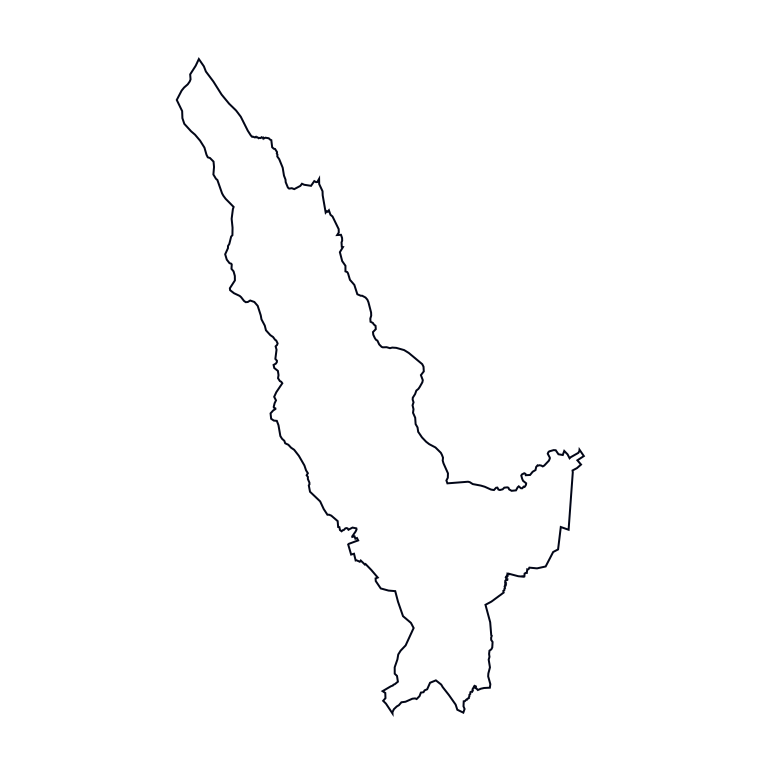 the district of Rieni, Bihor, Romania, rotated 88°
{"feature_id": "2599482B82314750202462", "entity_name": "Rieni", "entity_type": "district", "adm_level": 2, "iso_a3": "ROU", "parent_name": "Romania", "parent_adm1": "Bihor", "projection": "orthographic", "projection_center": [22.405, 46.554], "detail": "fine", "context": "isolated", "style": "outline", "palette": "ink", "viewbox_px": 768, "rotation_deg": 88, "n_neighbors": 0, "source": "geoboundaries", "source_scale": "gbopen_adm2", "svg_char_len": 6151}
<svg xmlns="http://www.w3.org/2000/svg" viewBox="0 0 768 768"><g transform="rotate(88 384 384)"><path d="M222.5,529.9L230.0,530.3L231.3,531.6L238.6,533.7L240.7,535.1L242.8,535.2L248.8,538.2L254.2,536.8L257.8,534.2L258.5,532.4L259.3,532.0L263.6,532.4L266.2,530.4L270.8,529.3L275.3,529.4L282.9,534.7L284.9,534.5L288.0,530.8L290.9,525.2L292.2,523.8L296.1,521.0L297.4,519.3L297.3,517.3L295.9,514.8L297.5,510.7L301.5,507.5L311.0,504.8L315.1,504.2L321.5,501.1L326.2,500.1L331.2,495.9L333.2,493.2L335.9,491.4L336.8,490.2L339.7,488.9L341.2,489.5L342.6,491.0L346.0,490.2L355.1,491.7L357.0,490.2L358.3,490.3L359.8,491.3L361.1,493.7L364.2,493.1L367.2,489.6L371.4,489.1L374.5,489.7L377.4,488.0L378.2,486.6L379.7,485.6L388.4,491.9L393.0,494.2L396.6,492.5L399.4,494.0L403.0,495.0L403.7,494.9L404.6,493.4L405.2,493.4L406.6,495.7L409.4,498.4L414.8,498.0L416.7,495.4L417.1,492.4L421.5,490.9L432.4,489.4L435.2,487.8L437.3,485.6L439.8,484.8L441.4,481.7L444.4,479.1L446.6,476.1L452.8,471.6L462.6,466.4L467.6,464.9L470.5,463.2L472.5,464.5L474.2,463.3L476.3,463.4L479.9,462.0L481.7,462.0L482.7,462.7L489.1,461.7L499.1,451.9L506.9,448.6L512.7,445.1L512.7,443.5L513.7,441.3L519.4,435.1L525.3,434.8L525.5,433.6L528.4,433.1L529.7,431.5L528.7,430.4L528.6,429.4L526.9,427.6L526.7,426.3L527.1,425.4L528.4,424.6L526.4,420.5L527.3,416.7L528.4,416.5L530.4,417.5L535.2,421.1L535.7,421.0L535.2,418.8L537.6,418.0L537.0,416.4L539.4,415.3L542.5,424.7L543.1,425.4L553.3,422.8L552.6,419.9L559.3,418.5L559.1,417.9L560.8,414.4L559.6,413.4L563.8,409.4L563.3,408.7L569.4,403.2L577.2,397.0L578.0,399.2L580.7,399.1L588.2,394.4L590.6,386.7L591.4,380.0L602.1,377.6L616.7,373.1L623.7,365.4L628.9,362.9L646.0,371.5L651.1,376.7L654.8,379.2L659.7,380.2L667.5,383.2L673.9,383.4L676.2,381.2L682.0,380.5L684.4,383.7L684.9,385.1L685.6,385.6L686.4,387.8L690.9,396.1L692.8,393.5L698.0,393.5L700.6,395.9L703.5,393.2L713.6,387.0L712.3,387.0L709.4,385.5L706.7,382.5L705.5,380.3L702.7,377.7L702.3,373.6L699.5,366.6L699.3,363.9L700.0,362.4L697.2,359.4L693.7,357.9L693.4,355.3L691.6,354.1L690.6,351.5L684.2,348.4L682.0,342.5L686.4,337.3L689.0,335.9L697.1,330.0L706.9,323.6L712.1,322.1L715.2,316.2L711.6,314.8L708.9,315.8L703.9,315.4L703.8,314.3L702.4,312.8L702.4,312.2L701.9,312.1L700.9,310.2L700.3,310.3L699.3,309.6L697.6,309.5L696.8,308.6L695.0,308.4L694.4,307.3L694.7,306.7L693.5,305.9L692.2,306.2L690.3,305.0L690.2,304.3L689.3,304.5L688.8,304.0L689.5,302.7L691.2,303.1L691.4,302.3L693.1,300.9L691.9,297.8L691.3,294.6L691.2,288.8L687.7,288.2L679.8,290.1L676.9,289.8L670.9,288.0L663.1,289.0L660.4,288.1L657.5,288.4L654.2,287.9L652.9,286.0L651.1,285.0L645.6,284.5L643.5,285.8L641.3,285.8L639.4,285.1L638.8,285.6L625.8,286.2L608.2,290.3L605.2,284.2L596.6,271.7L595.0,272.0L594.1,270.9L592.6,270.7L592.2,270.2L590.5,270.5L589.7,269.4L589.4,269.4L589.2,270.0L588.2,269.8L588.5,269.2L588.1,269.0L587.1,269.7L586.7,269.3L586.2,269.8L584.8,269.6L584.1,267.6L583.5,267.5L583.4,268.1L582.9,268.2L582.9,268.7L581.7,268.6L581.4,269.0L581.0,268.8L581.2,267.9L580.4,267.3L580.2,268.0L578.1,267.2L578.2,266.7L577.8,266.9L577.8,266.4L580.8,256.5L581.4,251.8L581.0,252.0L581.0,250.4L578.4,250.1L577.7,248.9L577.8,247.9L574.3,247.3L574.5,246.9L574.1,246.0L572.6,245.1L573.6,237.5L572.0,228.8L557.8,220.8L555.4,215.8L533.1,212.3L536.1,204.6L478.8,198.4L477.0,198.6L474.8,194.1L471.4,189.9L467.0,193.4L463.0,186.8L456.5,190.9L457.9,191.1L459.6,192.2L463.7,200.0L464.7,201.1L460.7,203.0L457.2,206.2L461.2,207.8L460.3,212.1L456.2,214.7L456.0,216.8L457.1,221.2L458.0,222.2L459.4,222.8L463.3,220.9L464.3,220.9L466.4,221.9L471.1,226.7L471.9,228.2L471.0,229.7L470.6,231.6L471.0,233.0L470.7,233.4L472.2,234.8L475.3,235.6L476.9,238.5L480.0,241.2L480.1,245.5L478.7,245.8L478.1,247.0L479.2,249.3L480.3,250.0L483.6,249.2L485.6,248.4L488.2,245.4L489.6,245.6L491.4,246.7L491.8,247.3L491.5,248.1L493.0,249.4L493.0,250.7L491.0,252.9L491.9,254.0L494.9,255.8L495.2,260.2L493.7,262.6L492.0,263.3L491.6,264.4L491.8,267.4L493.4,269.1L494.0,271.9L493.5,273.3L491.5,274.3L491.6,275.6L493.8,277.8L493.6,279.0L493.2,280.8L490.2,286.9L488.9,290.8L487.1,298.8L485.1,301.7L484.6,303.4L485.5,324.1L482.6,325.0L479.9,323.5L475.5,323.2L465.4,327.3L462.6,328.0L459.7,327.6L456.8,328.6L454.7,329.6L449.2,334.8L445.7,340.9L443.2,343.9L438.7,347.9L433.0,351.5L428.6,352.0L425.2,353.8L418.8,354.0L413.8,356.0L410.2,355.4L406.3,356.2L403.3,355.1L400.7,355.9L398.7,355.7L395.2,353.3L391.7,351.9L390.1,349.8L388.2,348.4L383.6,345.6L381.5,345.1L376.4,346.8L372.8,343.8L368.1,343.9L365.5,345.1L353.8,358.2L350.8,362.7L348.3,370.5L347.9,374.5L348.4,376.8L347.3,380.1L347.3,383.9L346.8,385.1L344.3,387.4L340.4,389.1L339.5,390.5L337.7,391.6L334.4,393.0L331.7,393.2L328.9,390.3L325.6,390.4L324.1,392.1L322.6,393.0L321.3,395.3L318.2,395.4L315.2,394.4L312.1,394.4L301.7,396.7L299.1,397.7L296.9,399.5L295.0,402.8L295.0,404.1L293.4,407.5L283.9,410.2L278.7,414.4L272.2,416.1L270.9,416.8L270.1,418.6L264.5,418.4L259.7,421.5L250.7,423.5L245.7,420.2L245.4,421.4L241.0,421.5L239.3,420.8L236.6,420.8L233.4,421.8L233.5,425.6L231.0,423.9L227.6,423.9L214.8,429.6L213.0,431.6L208.5,433.0L209.9,434.2L209.3,435.0L210.7,436.3L193.3,438.7L189.2,438.7L181.9,441.8L176.7,441.7L179.8,443.6L179.9,444.8L178.8,446.6L183.4,450.0L182.1,456.8L181.0,459.0L183.1,460.7L186.1,466.9L185.1,469.3L185.4,472.0L184.3,473.2L178.9,475.2L176.3,475.3L172.2,476.7L164.3,477.7L155.6,480.9L152.9,482.7L150.9,482.5L150.0,483.1L148.5,482.8L145.3,484.7L145.0,486.0L143.5,487.5L136.4,488.1L135.7,489.4L134.4,490.6L133.7,493.9L134.3,495.2L133.7,495.8L134.3,496.2L133.7,496.5L133.1,497.8L133.9,498.6L133.7,499.9L134.0,500.8L133.0,501.8L133.0,503.2L132.5,503.4L133.0,504.6L132.2,506.5L132.4,507.1L131.0,508.4L126.1,511.3L111.9,517.8L105.5,522.3L98.5,529.0L89.1,536.2L75.7,544.0L65.5,551.1L60.3,552.9L52.8,557.7L59.4,561.1L67.8,566.9L72.8,566.7L74.9,567.6L77.7,569.7L80.7,573.4L83.7,576.0L92.9,581.2L104.2,576.2L111.3,576.2L117.0,574.5L124.7,568.0L128.2,564.2L134.4,559.3L141.5,555.2L148.7,553.4L151.3,552.2L152.1,550.0L155.8,546.6L161.2,546.3L168.7,547.2L173.0,544.8L174.3,543.4L187.8,539.2L190.2,538.0L193.4,535.8L201.8,528.1L203.9,528.9L213.6,530.5L222.5,529.9Z" fill="none" stroke="#020617" stroke-width="2"/></g></svg>